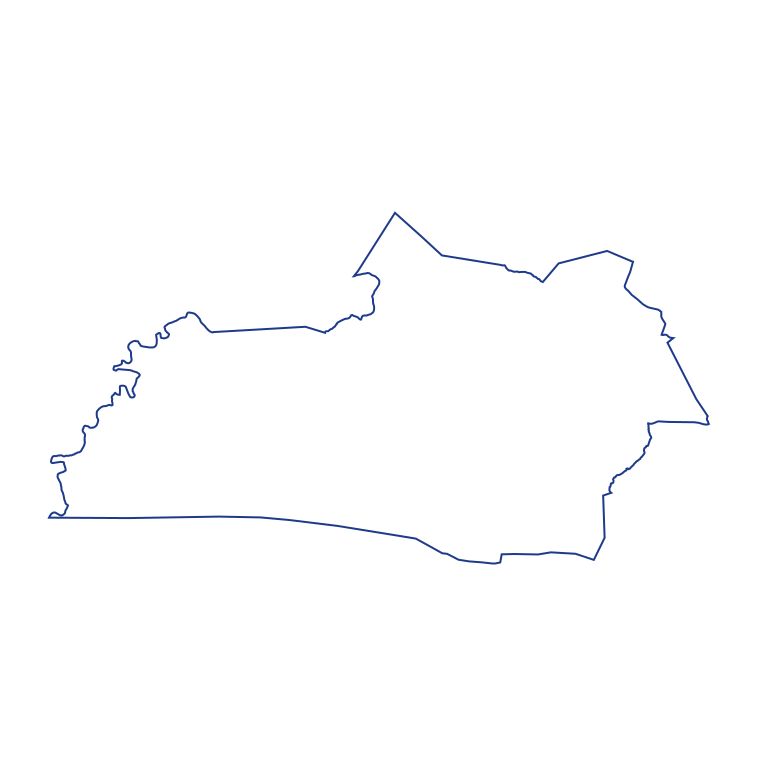 outline of Moamba, Maputo, Mozambique, rotated 274°
{"feature_id": "85939544B51879158696861", "entity_name": "Moamba", "entity_type": "district", "adm_level": 2, "iso_a3": "MOZ", "parent_name": "Mozambique", "parent_adm1": "Maputo", "projection": "robinson", "projection_center": [32.243, -25.316], "detail": "fine", "context": "isolated", "style": "outline", "palette": "blue", "viewbox_px": 768, "rotation_deg": 274, "n_neighbors": 0, "source": "geoboundaries", "source_scale": "gbopen_adm2", "svg_char_len": 6074}
<svg xmlns="http://www.w3.org/2000/svg" viewBox="0 0 768 768"><g transform="rotate(274 384 384)"><path d="M450.0,669.4L450.1,667.4L450.4,665.6L451.2,664.3L452.4,663.0L452.7,662.4L452.8,660.6L452.3,658.8L452.5,657.5L462.5,660.3L463.8,660.4L468.7,656.8L470.6,655.9L475.2,655.6L476.6,653.6L477.3,652.3L478.6,643.9L479.0,642.1L480.0,639.8L481.6,636.8L486.5,630.4L490.2,624.9L494.0,621.1L495.6,618.9L497.2,617.6L498.3,617.3L499.9,617.6L507.9,620.0L512.8,621.7L523.4,623.9L523.6,622.7L532.3,597.3L516.5,549.8L496.8,535.3L497.5,533.3L499.2,531.7L499.5,531.3L499.6,530.2L501.1,528.4L501.5,527.3L501.7,526.1L502.1,525.4L503.0,524.9L503.6,523.6L504.4,522.8L505.0,519.0L505.6,517.3L505.6,515.2L505.4,514.5L505.4,513.0L505.0,511.4L505.0,510.6L505.5,509.1L505.1,507.0L505.1,505.4L506.0,502.5L505.9,500.8L506.2,500.2L508.3,497.8L510.1,496.8L510.6,496.4L510.8,496.0L510.8,495.4L510.5,494.0L510.9,492.4L516.3,432.8L533.7,411.1L555.5,383.0L494.9,350.2L489.4,346.4L489.5,347.0L490.4,348.5L491.1,350.5L491.3,352.0L492.5,355.5L492.9,357.8L493.6,359.9L493.4,361.7L491.7,364.5L491.2,366.7L490.5,368.4L489.4,369.5L488.6,370.7L487.3,371.7L486.3,372.2L483.9,372.2L482.9,372.0L478.7,369.9L476.0,368.1L473.9,367.6L470.9,366.1L470.3,366.1L468.2,367.0L463.9,367.5L460.9,368.6L459.3,368.9L456.6,368.8L455.6,368.5L454.5,367.9L452.7,365.8L451.5,362.5L451.1,362.0L451.0,359.7L450.5,358.1L449.5,357.3L447.3,356.8L446.6,356.4L446.9,355.2L448.6,353.3L449.4,351.0L449.8,349.0L450.6,347.7L450.4,346.6L448.3,345.4L447.2,344.4L446.6,342.5L446.3,340.7L444.6,337.5L442.4,334.0L441.5,333.0L440.5,332.5L440.3,332.6L439.4,331.7L438.0,331.1L436.8,329.6L435.7,328.7L434.8,326.8L432.8,324.6L432.5,322.4L432.1,321.8L431.5,321.6L431.0,321.6L435.6,301.6L423.9,210.2L423.5,209.5L423.5,208.8L424.2,207.0L425.1,205.5L427.1,203.2L429.3,201.2L432.5,197.5L433.6,196.7L435.7,195.8L438.4,193.4L439.8,191.7L440.8,190.3L441.1,189.6L441.6,186.5L441.7,184.3L441.5,183.5L440.6,182.7L437.8,182.0L436.8,181.4L436.4,180.5L436.2,178.4L435.3,176.1L432.6,172.4L431.3,169.5L430.4,167.9L429.8,165.9L428.8,164.3L426.1,161.3L425.1,161.1L424.2,161.6L422.6,162.0L421.8,162.5L420.2,164.2L419.0,165.9L418.5,166.1L416.7,165.6L416.1,165.3L415.2,164.2L414.5,162.7L414.3,162.0L414.2,161.0L414.4,158.6L415.5,158.0L418.3,157.5L418.9,157.2L419.2,156.7L419.0,155.4L418.6,155.1L417.3,153.3L416.2,153.4L412.4,154.3L408.7,154.4L406.8,154.0L405.6,153.2L405.1,152.5L404.7,151.9L404.3,150.7L404.1,147.7L404.6,141.3L404.9,139.3L405.3,138.5L406.2,138.1L407.7,136.7L409.1,135.9L409.5,135.3L409.4,133.8L409.6,133.0L409.5,131.8L408.6,129.9L408.2,129.2L406.7,127.5L405.1,126.5L403.0,126.2L401.1,126.9L399.2,128.8L398.0,129.4L394.4,129.7L390.4,130.6L388.5,129.9L387.2,128.6L386.9,127.6L386.9,126.8L387.3,125.1L388.3,124.0L389.1,122.2L389.1,121.4L388.9,121.1L388.5,120.9L386.5,121.1L385.9,121.0L385.4,120.6L384.4,118.9L383.9,117.7L382.9,114.5L383.0,113.8L380.8,113.1L379.6,113.2L379.1,113.7L378.7,115.5L378.7,115.9L380.0,117.3L380.3,117.9L380.1,130.0L379.8,130.6L379.8,131.6L379.2,132.6L379.0,134.2L378.3,136.9L376.9,139.1L376.3,139.6L375.5,139.7L374.0,138.8L372.1,136.9L369.7,136.7L365.8,135.8L363.1,134.3L361.4,133.6L359.2,133.8L358.4,134.5L357.1,134.9L355.6,136.1L354.2,135.9L353.4,135.2L353.0,134.1L352.9,132.8L353.3,131.8L356.1,129.9L363.3,126.5L364.0,125.2L364.1,123.7L364.0,122.2L363.5,120.9L362.0,120.7L359.5,121.1L354.8,121.2L354.7,120.4L355.1,118.3L355.4,117.7L356.1,117.0L356.4,116.5L356.1,116.0L354.7,115.3L353.2,113.7L352.4,113.4L351.5,113.3L350.1,113.9L348.2,113.8L345.3,114.6L343.9,114.5L343.6,113.7L344.0,111.2L342.6,108.2L342.3,105.9L341.7,104.4L341.1,103.4L339.0,101.2L336.8,99.7L335.4,99.4L333.0,99.6L330.9,100.0L328.8,101.2L327.7,101.5L324.7,100.9L322.4,100.0L320.8,98.2L320.1,96.6L319.9,94.5L320.0,93.2L320.6,92.7L321.1,91.9L321.5,89.1L321.5,88.7L321.2,88.2L320.4,87.6L317.5,86.7L316.6,86.6L315.4,87.0L313.6,88.8L312.8,89.2L311.2,89.4L310.0,89.1L306.4,89.3L305.3,89.7L302.4,89.3L299.8,88.3L297.5,87.1L295.7,86.3L294.6,84.6L294.2,83.0L293.3,81.6L293.0,80.7L292.3,80.2L291.9,78.9L291.0,77.3L291.0,76.1L290.3,74.0L290.3,71.9L289.4,69.8L289.6,69.2L290.2,67.7L290.3,66.2L290.0,65.2L289.9,63.7L289.3,62.6L289.1,59.7L288.7,58.9L288.3,58.6L287.4,58.0L284.6,57.3L283.2,57.2L282.3,57.8L282.0,58.9L283.8,67.0L283.6,69.8L283.2,70.2L281.8,70.4L278.7,71.7L276.2,72.5L275.3,72.3L274.7,71.1L274.1,70.6L273.2,68.5L272.8,67.2L272.2,66.5L271.9,65.5L271.0,64.9L268.7,64.8L267.6,65.2L262.3,68.4L260.1,68.8L259.0,69.3L255.8,69.7L252.9,71.3L250.3,72.2L246.3,73.2L244.7,74.0L242.7,74.7L242.0,75.4L241.4,76.7L240.8,77.2L238.1,76.4L235.6,75.1L232.9,74.7L232.1,74.1L230.7,72.5L230.4,71.6L230.5,69.9L232.8,65.1L232.8,63.6L232.1,62.2L231.0,61.0L229.4,60.1L227.3,59.2L232.4,138.3L240.2,228.6L242.3,270.1L241.7,299.5L239.2,347.3L232.0,426.5L219.2,454.0L219.0,458.8L213.9,470.6L213.0,481.0L212.9,494.3L212.5,504.3L212.7,507.6L214.1,512.4L222.3,513.3L223.5,525.9L224.7,549.5L227.7,562.2L228.0,586.8L223.2,605.6L246.0,614.8L288.0,610.4L291.3,618.3L292.1,617.2L293.5,616.3L294.5,616.2L296.9,616.3L297.0,616.7L298.4,617.2L300.4,617.3L300.8,617.7L300.9,618.8L301.3,619.3L302.3,619.7L303.7,619.7L304.8,619.2L305.3,619.3L306.9,620.2L307.1,621.3L308.7,622.1L309.1,622.5L309.6,623.9L309.6,624.6L310.0,625.7L311.8,628.2L314.0,630.4L314.4,631.3L315.3,631.9L316.2,631.7L316.5,632.1L316.7,632.6L316.6,633.4L316.1,633.7L316.5,634.9L318.4,636.4L320.5,638.4L322.1,639.3L323.3,640.5L324.4,641.2L325.1,642.5L325.8,643.0L327.2,644.8L328.4,645.3L329.5,646.4L332.7,648.5L333.3,648.7L334.3,648.6L335.6,647.9L336.6,647.9L338.1,648.3L338.8,648.9L339.1,649.6L340.2,649.9L340.5,650.2L340.6,651.3L341.0,651.7L347.1,653.3L348.7,654.2L349.4,654.3L350.3,653.9L351.9,652.7L353.2,652.4L354.8,651.4L355.3,651.4L355.7,651.6L357.2,650.9L357.6,651.2L358.2,651.3L359.3,650.8L361.3,650.8L362.6,650.2L363.2,650.3L362.9,652.4L363.1,654.2L363.8,655.9L365.7,659.7L365.9,660.7L366.0,670.5L367.5,696.4L367.2,700.9L366.2,705.2L366.0,707.6L366.1,709.4L366.8,710.8L367.6,710.3L369.0,709.9L370.6,708.8L371.6,708.5L373.9,708.8L374.5,709.2L390.7,696.6L445.0,663.9L450.0,669.4Z" fill="none" stroke="#1e3a8a" stroke-width="2"/></g></svg>